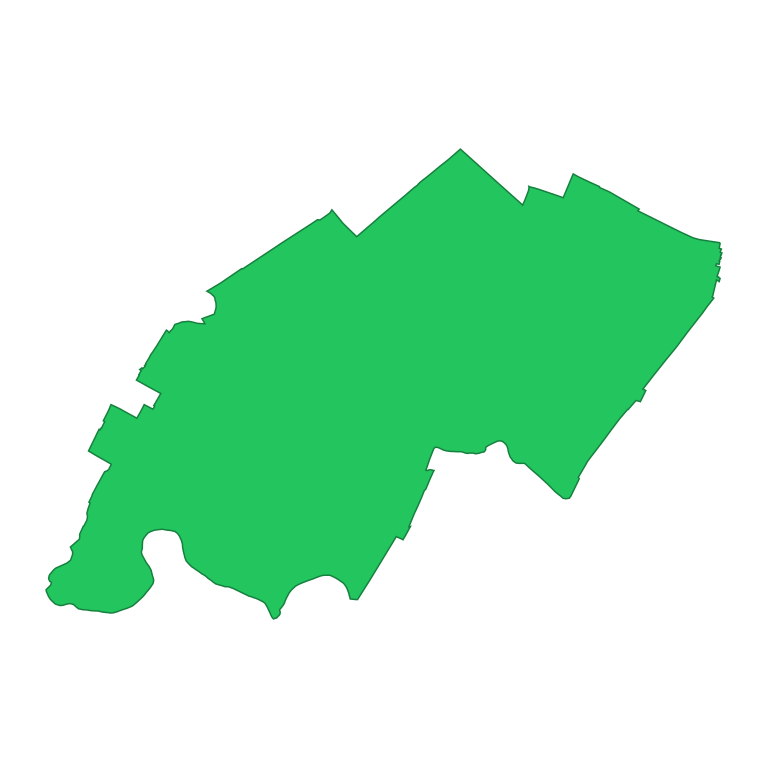 outline of Magurele, Ilfov, Romania
{"feature_id": "2599482B86317878562303", "entity_name": "Magurele", "entity_type": "district", "adm_level": 2, "iso_a3": "ROU", "parent_name": "Romania", "parent_adm1": "Ilfov", "projection": "orthographic", "projection_center": [26.004, 44.349], "detail": "fine", "context": "isolated", "style": "filled", "palette": "green", "viewbox_px": 768, "rotation_deg": 0, "n_neighbors": 0, "source": "geoboundaries", "source_scale": "gbopen_adm2", "svg_char_len": 6027}
<svg xmlns="http://www.w3.org/2000/svg" viewBox="0 0 768 768"><path d="M570.1,498.0L569.4,497.9L570.8,496.2L579.3,478.7L578.3,477.3L584.3,467.1L587.8,461.0L592.2,455.2L595.1,451.5L602.7,441.5L611.9,429.0L619.8,418.6L627.7,409.4L628.1,409.6L636.0,400.5L640.4,401.6L645.8,390.5L642.9,389.1L654.8,373.8L655.0,373.6L665.9,359.9L676.1,347.5L687.5,332.2L702.7,312.8L706.9,306.9L713.8,298.1L712.1,296.9L712.7,296.1L716.5,279.9L717.0,280.2L719.2,281.6L720.1,278.4L719.9,278.2L718.5,277.5L718.6,277.0L717.1,276.6L718.0,273.6L718.5,272.4L720.1,267.1L715.7,265.8L716.4,263.7L719.1,264.3L719.7,261.5L719.1,261.3L719.8,259.2L720.5,259.4L721.1,257.5L720.3,257.3L720.8,254.9L721.2,255.0L721.9,252.8L720.2,252.3L721.0,249.3L721.3,249.4L721.4,249.0L719.2,248.3L720.1,243.4L719.5,243.1L719.5,242.7L701.3,239.9L698.6,239.4L694.0,238.1L692.5,237.6L680.8,232.2L637.8,210.8L639.2,209.1L609.2,191.8L599.5,187.5L599.5,186.6L590.6,182.6L578.6,176.9L573.2,173.9L563.2,197.7L556.9,195.5L539.9,189.7L537.8,189.0L534.0,187.9L530.0,186.9L528.9,186.4L529.0,186.8L529.0,187.6L528.7,189.9L528.1,191.7L526.9,194.9L525.1,199.5L522.7,205.1L497.1,182.2L460.4,149.1L448.2,159.7L440.5,165.8L429.8,174.6L424.2,179.1L423.9,179.2L420.1,182.3L418.0,184.4L417.4,185.3L414.4,187.4L409.9,191.3L404.7,195.8L398.6,200.9L383.8,213.3L377.3,218.8L377.3,219.0L356.7,236.7L348.5,228.7L342.8,223.1L339.2,218.6L331.9,209.8L330.1,212.6L329.8,213.1L320.2,219.9L317.3,219.8L311.4,223.8L280.3,243.9L275.6,247.1L242.8,268.8L241.7,268.6L220.5,283.1L206.9,291.2L208.8,292.3L210.6,293.3L213.8,296.2L214.4,296.9L214.7,297.7L215.0,298.8L215.2,300.3L215.7,301.9L216.0,303.1L216.0,303.8L216.1,305.0L216.1,307.6L215.5,310.0L214.2,314.2L202.0,318.7L204.9,323.7L201.1,323.6L197.2,323.3L193.1,322.2L188.5,321.3L185.0,321.7L183.1,321.8L181.8,322.0L180.5,322.5L178.3,323.4L175.2,324.3L174.6,324.9L173.2,327.8L172.2,329.4L170.4,331.0L169.1,332.7L167.9,331.2L167.1,330.6L166.4,330.1L155.6,347.7L155.2,348.1L153.1,351.4L150.7,354.7L149.4,357.3L147.6,360.4L146.0,363.0L145.6,363.7L145.7,363.9L146.0,364.2L144.6,365.5L145.3,366.3L142.5,368.8L141.9,367.9L141.3,368.3L139.7,369.6L141.2,370.5L138.8,374.8L139.2,375.1L138.8,375.9L136.4,380.1L147.9,386.5L160.8,393.5L153.8,405.6L154.7,406.1L153.3,408.5L152.9,409.2L144.2,404.6L142.4,408.2L139.6,413.5L139.4,413.7L136.8,418.2L123.2,410.7L120.0,408.9L116.5,407.2L111.0,404.6L109.0,409.4L107.6,412.4L103.3,420.8L104.7,421.6L101.6,427.9L101.3,427.8L100.0,430.0L99.6,429.9L99.1,429.3L96.4,434.7L96.3,435.0L88.5,451.0L97.4,456.3L106.3,461.3L111.3,464.2L108.7,469.5L107.3,470.7L104.6,471.8L97.0,485.6L92.2,494.6L92.0,495.8L91.2,497.6L88.9,502.2L90.1,503.1L88.2,508.3L86.9,513.3L87.2,514.8L87.5,516.1L87.2,518.6L86.8,520.3L83.8,526.2L83.3,526.2L79.8,533.9L79.6,535.8L79.8,536.1L79.4,539.2L70.4,547.0L71.8,550.1L72.7,551.9L72.5,553.2L72.7,553.9L72.0,556.2L70.5,560.3L69.2,561.3L67.0,563.0L63.6,564.6L59.1,566.6L55.8,568.1L54.2,569.4L52.7,571.0L51.5,572.5L49.8,574.4L49.1,575.9L48.6,578.6L49.7,581.2L51.4,582.4L50.7,585.1L47.8,588.0L46.1,589.7L46.3,591.3L48.6,596.6L50.2,599.1L51.8,600.8L53.8,602.6L55.4,604.1L60.2,605.6L63.3,605.2L65.8,604.4L68.6,603.7L70.9,603.7L73.5,604.5L75.1,605.9L76.3,607.0L78.5,608.8L80.7,609.2L82.0,609.6L84.6,609.8L87.4,610.0L90.4,610.6L94.8,610.9L98.0,611.0L100.7,611.6L102.5,612.1L103.8,612.1L106.0,612.5L107.3,612.5L110.0,613.0L113.6,612.8L115.6,612.1L117.4,611.7L118.9,611.0L121.0,610.3L123.8,609.3L127.0,608.3L132.4,606.0L136.4,602.7L140.3,599.1L142.7,596.8L144.5,594.8L146.5,592.2L148.4,590.0L150.3,587.6L152.8,583.9L153.4,582.3L153.7,579.9L152.0,574.0L151.2,570.4L149.3,566.8L146.1,562.3L142.1,555.0L141.4,552.6L141.6,551.1L142.4,548.0L142.3,546.4L142.6,540.8L143.8,538.2L145.3,536.1L147.9,533.0L150.8,531.5L154.4,530.2L157.1,529.8L159.9,529.5L161.1,529.4L162.0,529.2L164.4,529.6L167.5,530.2L169.5,530.3L171.2,530.6L173.2,531.1L174.7,531.3L177.1,533.1L178.3,534.4L179.5,536.3L181.4,540.4L182.0,542.5L182.5,544.6L182.5,546.6L183.3,551.0L184.2,554.6L185.0,557.9L186.2,560.9L188.6,563.7L191.6,566.7L193.8,568.1L195.4,569.3L199.5,572.0L201.2,573.4L204.8,575.5L206.5,576.8L207.9,578.2L211.8,580.9L212.8,581.9L214.2,582.8L215.5,583.8L219.7,585.1L222.0,585.7L223.0,586.0L224.0,586.4L225.3,586.7L227.5,586.7L229.1,586.9L230.9,587.7L233.3,588.5L235.1,589.4L237.0,590.3L245.0,594.2L247.1,595.2L249.1,596.2L250.8,596.6L252.3,597.1L254.0,597.8L255.5,598.2L256.8,598.7L258.3,599.4L260.3,600.4L263.3,601.9L265.2,603.5L267.4,607.3L269.6,612.1L271.7,616.8L273.4,618.9L276.5,618.0L279.2,615.3L279.9,614.2L280.2,612.6L280.1,611.5L279.8,611.0L279.6,610.2L279.6,609.8L282.8,605.8L284.5,603.0L285.2,600.7L286.6,597.7L288.3,594.5L289.0,593.1L291.5,589.9L294.5,587.1L295.9,585.9L298.8,584.3L303.3,582.4L308.3,580.5L313.7,578.6L316.6,577.4L320.5,576.0L321.9,575.6L324.5,575.2L329.9,575.3L331.2,575.8L333.6,576.9L336.2,578.3L338.3,579.6L342.8,582.7L343.6,583.3L344.4,584.3L346.1,586.7L347.0,588.5L348.6,592.7L349.9,597.6L350.2,599.0L350.5,599.0L356.3,599.6L357.5,599.6L370.1,579.7L396.3,536.6L397.4,537.1L399.6,538.1L402.3,539.3L403.0,539.8L403.3,539.2L405.5,535.5L410.4,526.5L408.9,526.8L414.1,514.1L415.2,511.7L415.4,511.4L419.3,502.8L421.9,496.7L424.4,490.4L425.7,489.4L430.2,478.6L431.9,474.9L433.3,471.7L434.0,470.5L430.9,469.8L429.1,469.8L427.7,470.5L425.8,470.3L427.1,466.8L429.4,459.9L430.9,456.0L433.7,448.9L434.4,447.9L435.2,447.5L436.0,447.2L436.7,447.3L438.3,447.6L439.6,448.2L441.8,449.2L443.0,449.9L444.2,450.2L445.8,450.7L450.1,451.4L453.1,451.5L455.2,451.6L457.8,451.7L460.4,451.7L462.1,451.9L463.6,452.4L465.9,453.2L467.9,453.4L469.6,453.1L472.5,453.0L475.7,453.8L477.5,453.5L479.3,453.2L481.1,452.5L484.3,451.8L485.7,449.7L485.7,447.4L488.5,445.4L493.6,442.9L497.6,441.1L499.5,440.9L500.9,441.0L502.2,441.3L504.0,442.6L505.6,444.1L506.8,445.6L507.9,448.8L508.3,451.4L509.0,453.7L510.2,457.0L513.1,461.0L516.0,463.0L519.1,463.4L524.2,463.3L525.4,464.0L529.4,467.8L533.7,471.6L538.8,476.0L547.3,483.8L553.0,489.5L554.9,491.5L558.3,494.3L560.9,496.3L562.9,498.2L565.9,498.8L570.1,498.0Z" fill="#22c55e" stroke="#15803d" stroke-width="1.5"/></svg>